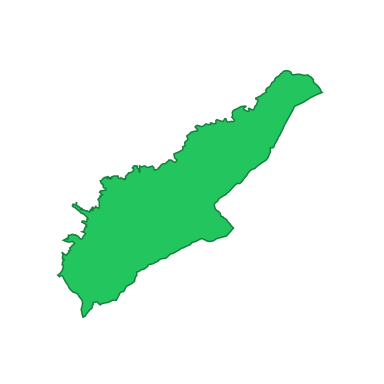 the district of Rau Sadului, Sibiu, Romania, rotated 166°
{"feature_id": "2599482B59559363647418", "entity_name": "Rau Sadului", "entity_type": "district", "adm_level": 2, "iso_a3": "ROU", "parent_name": "Romania", "parent_adm1": "Sibiu", "projection": "equal_earth", "projection_center": [24.033, 45.624], "detail": "fine", "context": "isolated", "style": "filled", "palette": "green", "viewbox_px": 384, "rotation_deg": 166, "n_neighbors": 0, "source": "geoboundaries", "source_scale": "gbopen_adm2", "svg_char_len": 6124}
<svg xmlns="http://www.w3.org/2000/svg" viewBox="0 0 384 384"><g transform="rotate(166 192 192)"><path d="M170.6,255.5L172.7,255.0L173.1,254.6L173.2,254.2L171.7,251.4L171.7,250.2L172.0,249.9L173.9,250.3L178.8,250.2L179.8,249.2L183.3,247.8L183.6,246.9L183.2,245.0L183.5,243.8L186.7,242.2L187.3,241.2L187.4,238.6L190.2,238.1L190.2,236.3L191.0,235.2L195.4,234.0L200.2,233.4L200.6,231.7L200.5,229.1L198.9,226.7L200.6,224.9L202.2,225.3L204.4,228.0L206.9,228.6L207.6,227.8L210.3,226.5L212.1,226.0L213.4,226.4L214.9,226.0L216.9,224.5L216.8,224.3L218.6,223.5L218.4,223.2L218.8,222.8L220.1,222.4L223.3,222.4L223.2,225.2L224.2,226.8L227.6,226.5L229.4,226.7L230.1,227.0L231.3,228.7L232.8,228.9L233.6,228.6L235.2,228.6L236.3,229.9L237.1,227.4L237.7,226.6L237.4,225.8L237.8,224.9L237.4,224.3L237.9,223.9L238.2,224.3L238.4,226.5L238.3,227.8L239.4,228.7L238.6,230.3L241.4,231.4L242.5,231.2L242.9,230.5L243.8,230.2L244.0,229.6L243.3,229.2L243.2,228.6L243.4,226.9L246.0,225.8L249.1,225.9L249.7,224.9L251.0,224.4L252.6,223.2L252.8,221.8L253.5,220.5L254.1,220.6L254.2,221.1L255.0,220.5L255.3,221.4L256.1,221.7L257.4,223.1L258.0,222.3L260.0,223.2L259.9,225.4L264.1,226.4L266.4,226.0L266.6,224.9L267.1,224.6L267.9,225.9L268.3,225.9L268.6,225.2L268.2,224.5L268.3,224.4L269.2,225.5L269.7,227.3L270.6,227.3L270.7,225.8L271.2,225.8L271.2,226.7L272.7,227.4L273.1,227.0L274.6,226.9L276.8,225.1L278.2,225.2L278.2,224.8L278.2,223.5L277.8,221.9L276.8,221.4L276.7,220.7L276.3,220.4L276.8,219.7L276.9,217.7L274.9,216.3L275.2,215.6L275.1,214.8L278.0,214.8L280.0,215.3L280.7,214.9L280.4,214.7L280.5,214.2L281.6,214.0L280.9,213.0L280.6,211.8L279.6,211.0L282.2,210.3L281.7,209.6L282.6,209.5L282.8,208.7L283.5,208.7L283.8,208.2L285.0,207.7L285.0,207.0L284.4,206.3L284.3,204.6L285.1,202.3L285.3,200.4L286.4,198.8L288.6,200.4L288.8,201.4L289.0,201.4L289.2,200.6L290.7,199.9L291.6,200.0L291.7,201.0L292.3,201.3L293.1,200.6L293.1,200.4L292.6,200.4L292.3,198.6L292.8,198.1L293.3,198.2L293.2,199.5L294.8,199.6L295.0,198.3L295.9,198.2L296.4,197.4L298.3,199.2L299.2,199.1L301.2,200.8L303.2,201.2L303.6,201.6L302.9,201.6L302.6,201.9L302.6,202.3L303.4,203.1L304.2,203.0L304.6,204.2L305.8,205.6L306.2,205.5L307.3,207.9L306.5,209.4L306.8,209.6L307.5,207.8L310.4,208.9L310.5,208.1L311.4,207.8L311.1,206.6L309.1,205.0L308.8,204.2L307.6,203.0L307.3,202.1L306.0,200.8L305.0,198.8L302.0,196.3L299.6,192.3L299.3,191.4L299.4,191.1L300.5,191.1L301.0,189.2L301.7,188.7L304.6,190.3L305.4,190.3L306.2,189.7L306.2,189.4L302.4,186.1L302.9,185.7L302.5,183.9L303.1,183.8L303.4,184.1L303.9,183.7L305.3,182.2L306.2,180.1L308.2,180.0L306.5,178.9L305.3,177.3L306.4,176.4L307.4,176.1L309.8,173.4L310.9,173.1L312.2,174.3L312.9,176.1L314.2,177.6L314.9,177.7L315.3,178.6L316.6,178.6L317.6,179.7L319.1,179.9L321.5,179.4L322.3,180.0L322.8,178.8L323.0,177.4L323.5,177.2L323.5,176.5L324.1,176.4L324.2,177.4L328.5,176.3L327.4,175.6L327.2,175.1L325.0,174.2L325.1,173.8L322.7,173.0L320.0,173.0L318.4,170.5L321.8,168.7L322.4,168.0L324.3,167.2L323.8,165.2L326.0,164.7L325.6,163.8L325.7,163.2L328.1,162.3L328.6,161.2L329.6,160.9L332.8,165.1L332.3,162.1L333.1,161.0L333.8,158.9L333.6,158.0L332.6,157.9L332.5,157.0L334.1,156.0L335.5,153.1L335.6,152.7L334.8,152.4L334.8,150.9L336.5,147.8L337.4,146.8L340.0,144.8L342.4,143.8L341.1,141.8L339.6,142.7L338.5,142.2L337.9,141.5L336.7,136.3L335.3,132.3L334.8,131.6L334.7,129.8L334.0,127.4L331.5,123.4L329.7,122.5L327.8,120.9L327.2,119.7L327.0,118.2L325.0,113.7L324.9,112.1L325.2,110.3L326.5,107.2L327.9,105.1L328.2,100.2L328.1,96.9L325.5,97.5L323.9,99.2L319.9,102.2L317.2,103.5L316.4,105.3L314.9,107.1L314.8,108.4L314.4,108.7L310.6,108.5L309.4,105.9L308.3,104.6L307.8,105.2L304.1,105.5L300.2,105.1L295.5,106.1L294.0,106.0L291.6,105.2L285.9,111.8L284.1,112.1L282.6,112.0L281.4,112.7L279.2,115.8L278.3,116.4L272.9,117.6L269.4,119.2L268.4,121.4L268.6,121.5L267.7,122.8L265.7,124.6L265.1,127.7L262.6,127.8L259.8,128.9L257.1,128.7L252.9,130.6L252.1,131.8L250.3,132.3L249.8,131.8L247.6,131.8L241.4,133.2L241.1,133.8L239.4,134.4L237.6,134.6L235.1,134.2L232.9,134.2L227.9,137.1L225.5,137.0L218.9,138.7L215.7,140.0L213.5,139.9L211.0,140.7L206.8,141.2L204.5,142.6L204.2,143.2L203.0,143.0L199.9,143.2L194.9,144.5L193.2,144.2L188.9,140.5L186.7,139.6L183.0,139.5L179.3,140.8L169.1,141.0L160.4,147.0L162.0,149.6L162.9,152.0L164.6,154.7L165.2,156.9L167.6,159.5L167.9,160.3L169.7,161.3L169.9,161.7L169.6,162.5L169.9,164.9L170.4,165.3L170.7,166.6L172.5,168.2L173.6,170.0L173.5,174.2L172.5,175.6L169.3,177.0L168.2,178.3L167.1,179.1L164.1,180.2L160.3,181.2L159.0,181.7L158.1,182.6L155.8,183.4L147.7,188.9L145.8,189.2L143.7,188.7L141.7,189.5L138.4,192.4L134.6,195.1L134.0,196.0L130.2,198.8L128.1,199.4L125.4,199.6L121.4,201.8L112.1,205.2L109.4,207.5L107.9,209.9L106.4,211.7L106.0,212.4L105.5,215.9L104.8,216.0L103.8,215.3L102.0,215.6L100.2,218.3L96.3,222.3L94.9,224.3L92.8,226.2L89.3,230.3L85.9,234.8L75.2,246.1L71.8,250.3L61.8,252.2L55.0,254.6L47.6,256.3L41.6,257.1L42.6,258.9L42.6,260.4L43.5,262.9L44.9,265.5L47.2,268.5L47.4,270.5L47.0,271.9L47.5,272.4L48.5,274.5L50.0,275.9L51.1,277.5L55.2,278.1L58.0,279.7L60.7,280.7L66.0,281.3L66.8,282.3L67.0,284.1L67.8,285.2L69.7,286.5L72.8,287.1L74.2,286.9L75.8,285.8L77.5,285.2L79.1,283.8L82.3,282.9L83.8,282.1L85.0,280.0L88.1,278.7L90.5,275.8L94.3,274.5L96.0,272.8L95.4,271.6L95.7,270.9L100.3,269.7L102.1,268.5L104.2,268.5L105.3,267.9L107.3,267.7L107.7,266.9L106.1,265.4L105.8,264.8L106.0,264.1L107.2,262.9L108.0,261.3L110.2,259.9L111.7,257.6L112.6,256.9L113.6,257.1L116.5,259.5L117.0,259.2L116.8,257.4L117.0,256.9L117.5,256.6L118.5,256.8L121.5,259.3L121.9,260.1L121.6,260.9L121.2,261.1L119.2,261.7L119.0,262.0L119.1,262.4L123.7,263.1L128.4,261.8L131.4,261.4L133.0,260.4L133.8,259.2L134.0,256.3L135.3,255.0L133.4,251.4L134.6,250.4L135.6,250.4L136.6,251.0L139.6,251.0L140.6,251.3L141.3,252.4L141.3,254.6L142.1,255.2L142.7,255.0L144.4,253.1L144.9,253.0L146.9,253.9L149.7,255.8L150.8,256.1L151.6,255.4L152.1,253.1L153.6,252.8L154.4,252.9L156.9,254.6L157.4,254.3L157.7,253.1L159.4,253.3L162.1,254.7L163.1,254.4L164.6,253.2L166.7,253.2L167.5,253.3L169.0,254.5L170.1,254.8L170.6,255.5Z" fill="#22c55e" stroke="#15803d" stroke-width="1.5"/></g></svg>